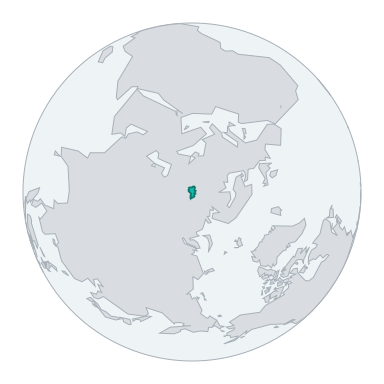 Nizhegorod highlighted on a globe, orthographic projection, rotated 150°
{"feature_id": "RUS-2357", "entity_name": "Nizhegorod", "entity_type": "Region", "adm_level": 1, "iso_a3": "RUS", "parent_name": "Russia", "parent_adm1": "", "projection": "orthographic", "projection_center": [44.77, 56.28], "detail": "fine", "context": "on_globe", "style": "filled", "palette": "teal", "viewbox_px": 384, "rotation_deg": 150, "n_neighbors": 0, "source": "natural_earth", "source_scale": "10m", "svg_char_len": 13191}
<svg xmlns="http://www.w3.org/2000/svg" viewBox="0 0 384 384"><g transform="rotate(150 192 192)"><circle cx="192" cy="192" r="169" fill="#eef3f6" stroke="#a8b0b8"/><path d="M146.8,29.2L148.4,28.8L156.9,26.8L167.8,26.1L171.4,30.0L166.8,29.9L168.2,31.2L174.0,31.4L177.5,31.3L190.2,38.1L208.9,43.1L216.6,42.4L213.5,44.6L229.2,42.0L240.5,44.6L226.7,43.2L224.4,44.3L231.5,46.6L230.7,48.3L233.7,50.5L232.2,52.4L224.2,51.8L223.0,53.1L228.1,54.7L229.8,57.9L222.5,55.3L224.6,60.6L211.7,61.3L193.4,53.9L185.0,57.0L163.2,57.0L164.0,59.1L156.3,60.8L154.4,64.0L150.9,63.4L152.4,66.5L156.0,66.5L157.8,67.9L157.1,69.9L152.4,69.3L152.2,68.3L150.4,69.1L148.4,68.1L148.9,69.7L143.4,69.0L147.7,72.7L142.3,74.6L138.9,73.3L140.9,69.6L138.1,58.5L135.3,56.6L129.5,57.4L114.9,66.6L111.2,66.4L105.0,68.8L106.2,70.5L111.6,69.3L112.4,73.5L118.8,71.8L120.1,73.4L126.1,73.5L123.4,77.7L117.5,81.9L112.4,82.1L109.7,84.0L113.1,87.4L102.2,91.7L92.7,101.5L90.0,102.3L87.5,96.9L91.2,87.4L88.0,81.6L88.2,89.8L81.7,92.2L79.8,94.6L79.1,97.2L80.9,98.1L78.2,100.0L77.0,92.3L79.4,90.5L79.7,92.8L81.4,88.5L80.6,83.9L77.3,85.7L79.4,77.6L77.1,79.0L76.3,78.1L79.8,76.5L73.6,79.4L75.5,72.4L67.0,78.8L77.4,69.4L82.3,64.7L87.6,59.9L86.2,60.8L95.0,53.9L99.3,50.7L110.5,44.0L122.2,38.1L134.4,33.2L146.8,29.2ZM24.6,169.0L24.4,170.3L24.4,171.0L24.6,169.0ZM23.6,206.0L24.0,209.5L26.4,225.2L26.7,227.1L23.6,206.0ZM69.0,76.1L65.3,80.3L53.3,95.7L58.0,89.1L57.5,89.8L61.0,85.4L66.7,78.6L68.8,76.4L69.0,76.1ZM64.7,82.3L66.6,80.0L65.0,82.1L64.7,82.3ZM179.2,31.1L174.2,31.3L169.3,30.6L173.5,30.2L179.2,31.1ZM188.5,33.4L186.0,33.8L184.7,31.9L186.5,32.3L188.5,33.4ZM222.2,41.6L218.3,40.8L222.4,41.1L222.2,41.6ZM234.4,50.5L235.8,50.3L236.8,51.5L234.4,50.5ZM127.2,71.2L126.6,72.3L125.8,71.7L127.2,71.2ZM130.3,70.3L129.7,68.8L131.1,68.1L131.4,69.1L130.3,70.3ZM235.3,55.7L236.4,57.9L233.9,55.5L235.3,55.7ZM130.6,72.3L133.6,67.2L136.0,66.1L139.3,68.9L130.6,72.3ZM236.2,59.2L239.1,64.9L242.3,64.8L234.7,68.6L234.8,62.3L231.1,59.3L234.6,60.2L236.2,59.2ZM157.5,65.7L153.6,65.7L157.5,63.9L157.5,65.7ZM159.5,64.2L168.9,57.0L174.2,58.1L170.0,60.1L177.4,60.3L175.4,64.2L170.8,65.1L167.8,63.6L169.3,66.3L159.5,64.2ZM230.0,70.0L229.6,71.4L228.5,69.8L230.0,70.0ZM158.9,68.4L160.3,66.7L165.0,67.5L163.0,70.9L162.1,69.6L158.9,68.4ZM180.4,58.4L183.5,59.7L182.7,63.3L183.8,64.3L175.8,64.5L180.4,58.4ZM160.7,70.4L161.9,72.7L158.9,74.1L157.8,70.0L160.7,70.4ZM167.1,66.3L169.2,66.9L167.4,67.6L167.1,66.3ZM149.2,81.0L150.9,78.8L153.4,79.0L149.2,81.0ZM162.5,73.4L163.5,72.9L164.7,72.8L164.9,74.6L162.5,73.4ZM175.8,67.0L174.8,68.3L179.0,67.1L178.6,69.9L173.3,69.6L175.4,70.9L175.3,71.7L171.1,70.5L175.8,67.0ZM168.6,76.1L161.8,76.9L158.2,80.8L155.8,80.7L162.0,74.5L168.6,76.1ZM170.5,72.9L168.8,74.8L166.7,73.6L166.5,71.6L170.5,72.9ZM180.2,72.0L182.2,67.8L183.3,68.0L180.2,72.0ZM168.0,77.4L169.7,77.2L168.0,77.8L168.0,77.4ZM176.9,73.8L177.5,72.3L178.7,72.6L176.9,73.8ZM172.6,78.2L170.3,78.4L170.1,77.0L172.6,78.2ZM174.9,76.4L176.4,77.2L171.4,76.3L175.0,75.6L174.9,76.4ZM178.0,74.4L178.9,74.1L177.6,75.0L178.0,74.4ZM174.5,83.6L168.3,82.9L167.8,79.7L174.0,80.8L174.5,83.6ZM125.6,347.3L117.8,343.5L103.5,331.7L106.6,329.2L104.6,324.4L92.8,307.5L95.3,302.0L92.4,297.1L86.3,294.1L83.0,288.1L79.4,285.5L57.9,269.7L52.1,257.9L47.2,231.1L51.7,227.8L53.9,218.8L85.9,209.4L91.1,216.4L114.5,226.3L117.1,229.2L112.6,236.2L128.8,254.1L136.0,249.6L152.4,259.9L164.4,262.0L171.7,247.5L152.1,243.7L150.4,235.2L167.5,231.6L184.9,234.8L184.8,231.7L175.2,223.4L180.7,218.0L172.1,219.9L174.5,223.6L169.2,225.1L166.7,221.8L168.7,220.0L163.9,217.6L155.4,227.4L157.0,232.3L143.4,230.7L144.7,238.8L140.4,241.0L136.8,228.3L138.2,224.5L130.2,208.3L127.4,212.2L134.8,227.8L131.8,225.7L128.1,231.5L128.6,225.4L121.2,207.8L109.9,204.6L93.0,213.0L87.0,209.8L83.1,202.3L91.9,188.1L104.4,196.8L107.6,192.4L107.4,182.0L111.2,185.6L112.6,182.6L117.5,185.4L126.7,181.6L132.0,183.6L137.8,174.8L141.3,174.8L136.9,179.9L136.7,184.7L150.3,189.7L153.5,188.6L156.2,182.5L159.6,184.9L160.4,178.5L169.2,178.4L159.1,173.2L161.9,166.5L168.4,162.7L167.5,159.7L157.0,166.0L154.4,169.4L155.1,173.7L146.5,182.8L141.4,182.7L143.5,170.1L136.5,168.8L141.2,160.0L166.8,147.7L176.4,146.6L187.8,159.1L184.4,163.1L178.5,160.5L181.9,169.2L182.6,165.4L185.4,167.5L188.8,162.0L191.0,163.3L190.6,156.0L193.6,156.9L193.8,161.5L201.5,154.6L208.4,155.1L209.0,152.9L207.8,150.5L217.4,153.0L217.5,151.3L214.4,149.8L212.5,145.7L213.0,139.4L216.2,140.6L216.5,143.0L222.0,150.1L222.3,156.6L223.7,156.5L224.2,151.1L217.5,142.4L216.9,138.3L220.6,141.9L219.2,140.3L219.9,138.6L223.6,138.2L219.8,134.1L223.0,115.5L230.7,113.2L233.6,118.2L239.4,107.4L247.5,106.2L244.6,104.8L245.4,99.1L242.9,99.3L241.6,98.3L242.5,84.5L245.3,82.4L242.4,75.5L240.9,74.8L238.7,75.9L234.7,68.6L242.3,64.8L245.3,66.4L248.1,63.2L254.4,67.5L261.0,69.9L266.3,76.9L271.1,78.4L271.6,77.0L278.4,78.1L290.6,85.9L278.4,85.8L259.7,76.7L267.1,80.7L264.7,81.8L266.9,84.5L272.2,87.4L273.3,86.5L278.2,102.2L289.6,114.9L290.5,108.6L294.8,107.9L308.5,118.3L320.9,145.6L326.7,146.3L329.6,149.5L330.0,155.7L325.8,151.2L322.9,153.4L320.5,150.1L319.7,159.0L316.3,154.6L317.4,164.1L321.0,165.5L323.0,158.9L325.4,169.4L332.2,169.3L337.0,175.7L339.4,197.6L335.7,211.0L336.4,213.7L332.8,215.0L331.2,224.2L340.4,228.9L341.3,232.4L337.2,246.6L336.6,244.4L327.2,248.0L327.7,257.6L334.9,256.7L337.5,261.3L332.9,264.7L330.1,260.9L326.7,262.0L326.0,254.4L320.1,246.7L315.3,254.0L314.1,249.3L305.3,244.7L297.6,254.5L286.5,276.3L287.5,288.3L282.6,296.0L270.2,284.6L265.5,273.6L260.5,276.9L248.2,269.7L225.3,274.8L222.5,271.7L218.1,274.1L209.6,271.5L205.6,265.9L200.2,266.7L210.9,281.2L216.8,280.3L222.4,273.6L224.2,278.8L232.6,282.0L221.4,296.2L188.3,308.6L186.0,299.4L165.8,270.0L166.9,266.7L166.8,266.3L166.7,265.6L163.8,270.7L160.7,264.4L170.5,285.9L171.7,294.2L187.8,309.1L186.1,310.4L191.5,313.2L210.3,309.1L210.1,312.0L200.7,325.1L175.7,339.1L179.6,347.2L178.8,352.6L164.4,354.0L167.0,356.9L159.8,356.5L160.3,357.4L155.3,356.8L150.8,355.9L138.0,352.1L125.6,347.3ZM73.1,220.1L71.8,222.6L73.1,220.1ZM202.3,245.8L213.4,245.8L210.1,235.8L214.1,235.1L211.5,232.1L209.8,235.1L203.7,226.6L209.1,223.3L208.6,218.7L204.9,218.5L196.0,226.1L204.6,238.1L201.4,242.4L202.3,245.8ZM32.8,135.4L32.5,136.2L32.8,135.4ZM43.3,112.6L41.5,116.2L42.9,113.1L43.3,112.6ZM51.7,98.1L44.7,109.8L47.5,104.6L52.0,97.3L49.5,101.3L51.7,98.1ZM63.4,83.0L61.9,84.9L61.6,85.1L63.4,83.0ZM63.5,83.8L64.0,83.3L65.2,82.0L63.5,83.8ZM81.8,92.7L81.8,93.3L80.5,96.1L80.1,95.0L81.8,92.7ZM81.3,107.9L77.1,110.6L79.8,107.8L78.3,106.6L82.2,99.3L88.9,102.4L85.2,102.2L81.3,107.9ZM89.2,90.8L86.0,94.9L89.2,90.4L89.2,90.8ZM115.5,164.1L116.5,167.5L113.5,170.2L106.7,168.4L111.0,164.4L115.5,164.1ZM118.5,171.7L122.5,160.2L126.9,161.1L123.7,162.5L126.2,164.2L121.9,167.0L122.1,179.5L119.5,182.8L108.4,177.2L113.5,177.1L112.3,173.7L118.5,171.7ZM125.0,131.6L126.8,127.3L134.0,134.7L131.5,137.9L124.6,136.1L123.5,131.3L125.0,131.6ZM135.9,78.4L136.1,76.8L137.4,76.9L138.2,78.3L135.9,78.4ZM149.8,80.0L136.2,85.8L135.8,84.2L128.4,90.0L124.4,88.0L129.3,84.2L120.6,87.2L123.5,83.0L117.7,85.6L129.2,77.5L131.4,74.1L130.5,78.6L134.1,80.5L136.3,80.3L144.3,77.3L150.9,71.2L155.5,72.4L157.1,74.8L156.2,76.4L153.5,75.1L154.3,78.2L149.6,77.6L149.8,80.0ZM172.5,106.3L169.7,103.5L170.6,110.9L165.9,109.8L166.3,110.7L162.3,111.8L158.0,114.9L156.2,113.7L155.3,115.4L152.6,116.3L150.8,118.3L146.9,117.1L144.4,119.5L143.9,117.5L140.7,122.0L141.3,118.2L137.9,119.1L139.1,122.4L122.1,112.2L114.5,111.4L107.8,113.0L109.8,106.5L117.4,101.0L127.3,97.3L134.3,99.2L133.9,96.0L137.2,96.1L136.1,98.5L139.7,94.8L142.1,95.6L150.9,93.1L154.6,87.6L157.9,86.7L157.7,89.2L161.1,86.5L162.9,90.8L165.3,90.3L169.4,94.1L167.5,99.4L170.3,98.5L173.6,101.5L172.5,106.3ZM175.6,84.8L174.4,91.2L171.2,93.8L165.4,86.2L162.9,86.0L159.1,81.5L163.7,77.9L164.4,79.5L166.1,80.2L164.0,81.0L167.0,80.9L168.0,83.2L170.6,83.7L169.5,85.6L175.6,84.8ZM121.2,227.6L123.4,229.1L127.1,230.3L124.9,234.1L121.2,227.6ZM115.9,215.7L118.1,216.2L116.7,221.9L114.4,220.5L115.9,215.7ZM120.5,211.8L118.3,215.8L118.1,212.8L120.5,211.8ZM139.0,180.1L141.5,180.3L141.3,181.9L139.4,183.5L139.0,180.1ZM174.1,129.1L173.0,126.8L174.0,126.2L174.9,120.6L178.4,121.1L179.2,124.7L174.1,129.1ZM167.7,249.7L163.6,252.1L162.0,250.3L163.8,249.8L167.7,249.7ZM142.7,243.7L147.8,247.3L142.0,244.7L142.7,243.7ZM178.1,128.7L178.0,126.3L179.8,128.1L178.1,128.7ZM181.0,121.2L183.3,122.8L178.9,120.5L181.0,121.2ZM208.2,351.6L198.2,358.9L190.0,359.0L187.9,357.4L191.1,353.1L200.4,351.5L204.7,348.6L208.2,351.6ZM352.7,244.0L352.3,245.3L352.9,243.6L352.7,244.0ZM351.2,248.0L352.8,243.7L350.7,249.7L351.2,248.0ZM354.5,238.2L353.4,241.9L354.9,236.9L354.5,238.2ZM350.0,251.1L341.8,266.8L338.1,271.7L339.4,268.8L345.4,259.4L350.0,251.1ZM339.1,269.2L332.9,273.8L321.8,272.0L325.9,268.2L336.9,264.1L336.3,266.2L340.0,264.3L339.1,269.2ZM352.4,238.3L351.7,243.3L347.6,251.8L345.5,255.1L344.1,252.5L344.9,248.3L346.7,245.2L351.8,223.0L354.0,220.8L352.9,228.8L354.6,228.7L352.4,238.3ZM288.4,288.9L292.7,293.1L289.8,295.9L288.4,288.9ZM352.4,210.8L351.3,220.4L351.8,209.8L352.4,210.8ZM351.7,202.3L352.6,204.3L351.1,204.3L351.7,202.3ZM337.7,217.0L335.9,220.9L335.1,219.3L337.0,213.5L337.7,217.0ZM340.7,181.1L343.4,186.1L344.0,188.5L341.8,187.1L340.7,181.1ZM208.0,131.6L202.8,138.6L201.5,144.4L204.3,148.7L198.1,145.9L200.2,136.9L208.0,131.6ZM220.8,117.3L218.3,113.9L220.8,113.5L221.7,114.3L220.8,117.3ZM218.3,116.5L212.5,115.8L212.0,112.7L216.7,113.8L218.3,116.5ZM195.2,122.0L193.4,124.0L192.0,122.4L195.2,122.0ZM360.7,200.8L360.5,204.0L360.9,196.2L360.7,200.8ZM359.2,216.1L359.0,217.5L358.7,218.6L359.2,216.1ZM359.9,211.2L359.5,214.3L359.6,212.9L360.0,210.1L359.9,211.2ZM355.5,227.0L356.0,227.9L357.6,220.9L356.4,227.3L357.0,227.8L356.4,230.6L355.9,229.8L354.9,235.7L354.2,238.0L354.2,235.3L355.2,228.0L356.0,223.6L358.6,212.9L355.5,227.0ZM359.8,209.8L359.5,208.4L359.6,205.2L360.0,205.0L359.8,209.8ZM357.9,205.7L356.2,206.2L355.4,211.3L356.3,198.6L357.9,200.2L357.9,205.7ZM355.3,201.1L354.7,205.9L354.8,199.3L355.3,201.1ZM354.1,205.5L353.2,203.3L354.1,201.0L354.1,205.5ZM355.8,199.4L354.6,194.4L355.8,195.6L355.8,199.4ZM350.8,198.7L354.1,197.1L351.1,202.9L347.4,194.6L348.4,191.2L350.8,198.7ZM334.1,144.9L331.9,143.2L331.8,139.6L333.4,141.8L334.1,144.9ZM329.5,127.0L331.1,138.1L332.0,147.4L333.3,146.4L336.4,152.2L332.6,151.5L329.6,141.9L329.5,135.7L326.3,131.3L324.3,125.0L319.8,121.5L317.9,117.9L322.0,119.3L329.5,127.0ZM317.9,120.3L309.4,112.7L310.7,108.0L312.9,108.6L316.2,114.0L315.3,116.1L317.9,120.3ZM307.7,109.6L306.8,111.7L292.2,106.7L289.5,104.5L301.3,105.4L301.0,107.5L304.3,109.7L307.7,109.6ZM231.4,71.7L229.7,71.4L231.1,70.6L231.4,71.7ZM240.2,98.6L238.6,96.9L240.2,96.0L240.2,98.6ZM235.1,92.1L234.4,94.3L233.8,91.4L235.1,92.1ZM233.0,99.4L233.4,94.9L235.0,99.9L233.0,99.4Z" fill="#d9dde1" stroke="#a8b0b8" stroke-width="1"/><path d="M193.6,195.9L193.6,195.7L193.7,195.4L193.6,195.2L193.4,195.3L193.4,195.5L193.2,195.5L193.1,195.8L193.1,196.0L192.8,196.2L192.8,196.3L192.7,196.5L192.7,196.4L192.5,196.5L192.5,196.8L192.5,197.0L192.4,197.0L192.5,197.1L192.6,197.3L192.4,197.3L192.2,197.3L192.0,197.2L191.7,197.3L191.8,197.2L191.7,197.0L191.4,197.1L191.1,196.9L190.9,196.8L190.8,196.7L190.7,196.6L190.6,196.4L190.4,196.3L190.2,196.3L190.1,196.1L189.8,196.0L189.7,195.9L189.4,195.9L189.3,196.0L189.2,196.1L189.2,196.3L188.7,196.3L188.4,196.3L188.2,196.3L188.2,196.2L188.1,195.8L188.1,195.7L187.8,195.7L187.7,195.8L187.3,195.7L187.3,195.4L187.1,195.5L187.0,195.4L187.1,195.2L187.3,194.9L187.2,194.7L187.3,194.7L187.5,194.5L187.6,194.4L187.5,194.1L187.5,193.9L187.6,193.7L187.8,193.4L188.0,193.4L188.2,193.2L188.4,192.8L188.5,192.9L188.6,192.7L188.6,192.4L188.9,192.3L189.0,192.3L189.0,192.2L188.8,192.2L188.7,192.2L188.7,191.9L188.6,191.7L188.4,191.5L188.5,191.5L188.5,191.4L188.8,191.4L188.9,191.2L189.0,191.1L189.0,190.9L188.9,190.9L188.8,190.7L188.9,190.4L189.0,190.4L189.3,190.3L189.4,190.2L189.5,190.3L190.0,190.1L190.1,189.9L190.2,189.7L190.3,189.7L190.2,189.6L190.0,189.4L190.0,189.2L190.3,189.1L190.3,188.9L190.5,188.8L190.3,188.6L190.5,188.6L190.8,188.6L191.0,188.5L191.1,188.4L191.3,188.4L191.4,188.2L191.5,188.1L191.7,187.8L191.8,187.8L192.0,187.7L192.1,187.3L192.1,187.1L192.0,186.9L192.1,186.7L192.3,186.7L192.7,186.7L192.8,186.8L193.1,186.8L193.2,187.0L193.3,187.1L193.5,187.0L193.5,186.9L193.8,186.8L193.9,186.7L194.4,186.7L194.5,186.7L194.6,186.8L194.9,186.8L196.0,186.8L196.5,187.0L196.6,186.9L196.6,187.0L196.5,187.3L196.4,187.4L196.4,187.5L196.4,187.9L196.4,188.0L196.1,188.2L195.9,188.1L195.6,188.4L195.4,188.3L195.2,188.3L195.2,188.5L195.0,188.8L195.2,189.0L195.3,189.1L195.1,189.2L195.1,189.3L195.2,189.5L195.2,189.8L195.0,190.0L194.9,190.1L194.5,190.0L194.4,190.1L194.1,190.2L193.9,190.2L193.9,190.3L193.8,190.5L193.8,190.8L193.8,191.0L193.6,191.0L193.4,191.1L193.4,191.3L193.5,191.5L193.8,191.5L193.9,191.8L193.8,192.0L194.0,192.2L194.1,192.3L194.1,192.5L194.3,192.7L194.3,192.8L194.2,193.0L194.3,193.1L194.2,193.2L194.2,193.3L194.1,193.5L193.9,193.7L193.9,193.8L194.0,193.9L194.1,194.0L194.3,194.2L194.5,194.2L194.5,194.3L194.6,194.5L194.4,194.7L194.4,194.8L194.4,195.0L194.2,195.2L194.2,195.4L194.2,195.5L194.0,195.8L193.9,195.8L193.9,195.7L193.8,195.8L193.6,195.9Z" fill="#14b8a6" stroke="#0f766e" stroke-width="1.5"/></g></svg>